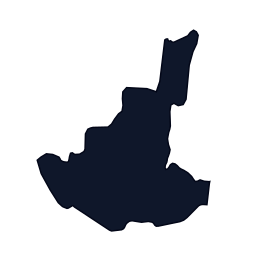 the border of Sokoto, rotated 186°
{"feature_id": "NGA-2871", "entity_name": "Sokoto", "entity_type": "State", "adm_level": 1, "iso_a3": "NGA", "parent_name": "Nigeria", "parent_adm1": "", "projection": "equal_earth", "projection_center": [5.256, 12.709], "detail": "fine", "context": "isolated", "style": "filled", "palette": "ink", "viewbox_px": 256, "rotation_deg": 186, "n_neighbors": 0, "source": "natural_earth", "source_scale": "10m", "svg_char_len": 1615}
<svg xmlns="http://www.w3.org/2000/svg" viewBox="0 0 256 256"><g transform="rotate(186 128 128)"><path d="M133.6,23.9L135.7,24.5L154.4,34.2L173.1,43.9L173.7,44.4L174.1,44.9L174.5,45.1L175.2,44.9L179.0,42.1L180.3,41.7L183.9,42.7L185.0,43.1L189.5,46.4L198.7,58.0L209.5,73.5L214.9,86.5L211.6,89.9L206.5,93.8L200.1,93.8L193.6,91.8L192.5,90.4L191.5,88.8L190.3,88.2L189.1,87.8L187.7,87.6L184.6,87.6L183.6,88.7L183.3,90.9L183.2,93.2L182.5,96.9L180.8,97.5L178.2,96.1L173.4,96.9L169.3,100.0L168.5,102.5L169.7,117.7L167.8,122.6L165.4,124.0L162.9,124.9L148.0,126.8L144.7,130.2L142.2,135.5L138.8,141.2L135.7,144.0L135.3,149.9L136.6,156.5L136.9,163.4L133.6,168.0L113.3,169.1L103.6,167.0L101.2,177.7L100.6,219.4L99.3,220.5L97.9,220.7L97.2,219.3L96.2,218.5L95.5,218.9L94.7,219.2L93.6,218.4L92.2,217.9L90.8,218.4L78.2,225.9L75.9,229.7L73.0,232.1L70.1,230.8L67.9,227.6L68.5,219.1L71.4,210.7L73.7,196.9L73.3,162.6L75.6,157.1L80.4,155.5L84.9,157.4L87.8,155.4L88.1,148.7L86.1,134.4L86.4,131.1L87.1,127.8L87.6,121.4L86.1,115.8L83.9,110.8L84.3,107.2L85.1,103.8L85.5,102.6L85.7,101.3L85.7,99.6L85.9,98.0L86.9,95.3L87.1,92.6L86.0,90.7L84.3,91.4L83.0,93.5L82.0,95.9L80.0,97.5L77.5,97.2L75.1,95.7L72.9,93.7L70.6,92.6L68.2,91.8L63.7,89.6L59.6,86.4L57.6,83.9L55.6,81.8L53.2,82.4L50.9,83.9L46.7,83.0L41.6,83.1L41.1,83.3L41.3,81.3L41.5,60.0L45.7,59.8L47.7,59.3L49.6,58.1L60.0,45.1L63.0,42.2L66.6,40.3L74.5,37.8L87.6,33.6L89.7,33.3L91.2,34.2L92.7,36.1L94.2,36.9L98.0,37.2L104.7,35.7L114.2,36.2L116.4,35.6L117.2,35.2L119.2,33.3L120.1,31.9L121.2,28.6L122.0,27.3L123.8,26.1L133.6,23.9Z" fill="#0f172a" stroke="#020617" stroke-width="1.5"/></g></svg>